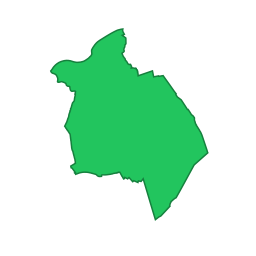 the district of Etten-Leur, Noord-Brabant, Netherlands, rotated 340°
{"feature_id": "6326949B83094148172558", "entity_name": "Etten-Leur", "entity_type": "district", "adm_level": 2, "iso_a3": "NLD", "parent_name": "Netherlands", "parent_adm1": "Noord-Brabant", "projection": "robinson", "projection_center": [4.64, 51.576], "detail": "fine", "context": "isolated", "style": "filled", "palette": "green", "viewbox_px": 256, "rotation_deg": 340, "n_neighbors": 0, "source": "geoboundaries", "source_scale": "gbopen_adm2", "svg_char_len": 5312}
<svg xmlns="http://www.w3.org/2000/svg" viewBox="0 0 256 256"><g transform="rotate(340 128 128)"><path d="M157.0,33.2L156.4,33.1L155.1,32.8L154.0,32.7L152.9,32.6L152.0,32.5L151.0,32.5L150.1,32.6L148.1,32.8L144.6,33.3L139.2,34.3L131.2,36.0L129.8,36.4L128.8,36.7L127.4,37.3L125.4,38.4L122.7,40.3L121.4,41.4L120.6,42.2L120.3,42.7L120.1,43.2L119.5,45.5L119.2,46.3L118.1,47.3L117.5,47.7L116.6,48.0L115.7,48.5L114.5,49.0L113.8,49.2L110.9,49.9L109.7,50.1L108.5,50.1L106.4,49.9L105.8,49.8L104.6,49.5L103.2,49.1L102.3,48.8L101.0,48.1L99.7,47.3L98.1,46.1L96.9,45.2L94.9,44.1L93.4,43.5L91.4,43.0L89.7,42.8L87.9,42.7L85.7,42.8L83.4,43.3L81.4,44.0L79.6,44.9L78.4,45.6L77.0,46.7L75.5,47.7L74.9,48.0L74.9,48.5L75.0,49.3L75.1,49.5L75.2,49.8L75.6,50.4L75.8,50.6L76.6,51.3L77.3,51.8L77.8,52.4L78.4,53.1L78.6,53.7L78.8,54.2L78.9,55.1L79.0,56.9L79.0,57.1L78.8,57.8L78.7,58.3L77.7,60.2L77.6,60.4L77.6,60.6L77.9,61.0L78.5,61.3L79.4,61.5L80.8,61.6L81.3,61.7L81.8,61.9L82.0,62.1L83.5,63.3L84.6,64.5L84.8,64.7L84.8,65.0L84.8,66.3L84.8,66.8L85.0,67.2L85.4,67.8L85.7,68.1L86.2,68.4L87.1,68.8L87.3,69.0L87.4,69.3L87.0,71.3L86.9,72.8L87.0,73.2L87.1,73.5L87.4,73.8L87.7,74.2L87.8,74.3L88.1,74.4L89.9,74.8L90.1,74.8L90.3,75.0L90.7,75.1L91.1,75.5L91.2,75.9L91.0,76.1L90.7,76.5L90.5,76.8L89.8,78.0L90.1,78.1L90.0,78.3L89.8,78.9L88.1,81.5L86.9,83.9L86.8,84.0L86.7,84.1L84.6,85.4L84.4,85.5L82.4,88.2L81.7,89.3L81.5,89.5L80.7,90.2L80.6,90.3L80.5,90.6L80.4,91.1L80.3,91.3L80.0,91.5L79.4,92.0L79.2,92.2L79.2,92.4L79.3,92.5L79.0,92.9L78.6,93.3L78.2,93.8L78.1,94.0L77.7,94.4L77.5,94.7L77.0,95.4L76.8,95.7L76.6,96.2L76.1,97.0L75.8,97.4L75.3,98.0L74.7,98.6L72.7,101.2L69.1,104.7L69.2,105.0L69.5,106.0L69.5,106.3L69.5,106.5L70.0,108.1L70.0,108.6L70.1,108.8L70.3,109.1L70.3,109.3L70.3,109.7L70.6,110.1L70.7,110.3L70.7,110.7L70.7,111.1L70.8,111.3L71.0,111.9L71.0,112.3L71.1,112.8L71.3,113.4L71.4,113.9L71.4,114.1L71.4,114.4L71.3,114.8L71.2,115.2L71.1,115.8L70.8,116.8L70.7,117.7L70.4,118.4L70.4,119.0L70.1,119.9L70.0,120.6L69.8,121.5L69.7,121.9L69.3,123.4L68.6,126.3L68.6,126.6L68.4,126.9L68.2,128.2L68.1,128.5L68.1,129.9L68.0,130.2L68.2,130.7L68.2,131.5L68.1,131.9L67.8,134.4L67.7,135.9L67.4,138.6L67.4,139.4L67.3,140.0L67.1,140.4L67.0,141.5L66.8,142.1L66.4,142.8L66.5,143.1L65.9,143.3L61.2,144.2L61.0,145.6L61.0,146.0L61.3,146.1L61.7,146.6L63.3,151.9L62.5,152.0L62.9,152.7L63.0,153.6L63.7,153.5L63.8,153.6L65.7,153.6L67.2,153.6L68.6,153.8L69.8,154.0L70.7,154.2L72.3,154.7L74.0,155.4L75.4,156.1L77.5,157.4L81.7,160.4L82.2,160.9L82.4,161.2L82.9,162.4L83.1,162.6L83.4,163.0L83.7,163.3L84.2,163.6L84.6,163.8L85.1,164.0L86.6,164.4L87.1,163.3L87.4,163.2L87.7,163.2L90.1,164.1L91.8,164.6L93.6,165.0L95.4,165.4L98.0,165.8L98.3,165.7L99.1,165.8L99.4,165.8L100.0,166.0L101.5,166.2L103.3,166.3L103.1,166.5L105.1,166.5L105.1,166.3L105.9,171.5L106.0,171.6L106.4,174.0L106.5,174.4L107.4,174.3L108.0,173.3L108.3,173.5L110.3,175.7L111.9,174.8L112.0,174.8L113.8,179.4L114.0,179.9L114.1,180.1L115.4,179.5L118.7,182.6L119.1,181.9L119.4,181.6L119.7,181.3L122.0,182.7L122.8,182.2L123.4,181.9L124.9,180.9L123.2,209.3L122.4,223.5L126.1,222.3L126.3,222.2L128.8,221.9L129.2,221.7L138.8,216.8L140.0,216.2L140.3,216.0L140.7,215.8L140.6,215.5L140.9,214.7L141.8,213.5L142.0,213.2L142.4,212.9L142.7,212.7L142.9,212.4L143.0,212.3L143.1,212.0L143.6,211.8L144.3,211.5L145.1,211.3L145.6,210.9L146.1,210.8L147.5,210.3L148.3,210.1L149.1,210.0L149.3,210.0L150.0,209.4L149.9,209.5L157.3,203.1L177.4,185.4L177.5,185.4L177.8,185.2L194.3,178.7L194.2,178.7L194.5,178.6L194.5,176.8L194.6,176.2L195.0,161.4L195.0,160.8L195.0,159.5L195.0,159.3L194.8,156.7L194.4,155.0L194.4,154.6L194.3,154.1L193.5,150.3L193.4,150.1L193.1,148.9L193.3,148.7L193.2,148.5L193.0,147.3L193.0,146.9L192.9,146.2L193.1,145.7L193.1,143.5L193.2,143.0L193.8,141.5L193.9,141.0L193.2,138.7L193.0,138.3L192.7,137.9L192.4,137.6L192.2,137.3L191.7,134.7L191.5,133.9L191.0,131.8L190.8,131.4L190.8,131.2L190.7,131.2L190.3,131.1L190.2,131.0L190.0,130.0L188.2,122.2L187.8,120.5L187.6,119.7L185.9,117.1L185.0,115.8L184.6,114.0L184.4,112.7L184.5,112.4L184.9,112.3L184.0,109.4L181.9,101.6L179.9,94.5L178.9,90.8L178.0,90.7L177.9,90.6L174.8,90.1L174.4,89.9L174.5,89.5L169.6,88.7L170.5,82.7L155.4,82.4L156.0,80.3L156.0,79.7L155.9,79.4L156.1,79.2L156.1,78.9L156.3,78.8L156.2,78.4L156.4,78.2L156.5,77.8L156.3,77.5L156.3,77.2L156.4,76.9L156.5,76.6L156.0,75.9L155.8,75.4L156.0,75.2L156.1,74.9L156.0,74.7L155.7,74.4L155.1,74.2L154.6,74.2L154.1,73.8L153.7,73.5L153.1,73.3L152.6,72.9L151.5,72.8L151.6,72.6L151.8,72.4L152.2,72.0L152.2,71.8L152.3,71.6L152.4,71.1L152.1,69.9L152.2,69.5L152.2,69.3L152.2,69.2L151.9,68.9L151.6,68.8L151.1,68.9L150.9,68.8L150.5,68.5L150.0,67.8L149.9,67.6L149.5,65.0L149.4,64.7L148.7,63.5L148.7,63.4L148.9,62.7L148.9,62.3L148.9,62.1L148.8,61.4L148.4,60.6L148.3,59.9L148.0,58.8L148.0,58.2L148.0,57.8L147.9,57.0L147.9,55.7L148.1,55.6L149.2,55.3L149.9,55.1L150.1,55.0L150.6,54.6L150.8,54.3L150.8,54.1L150.8,53.9L150.8,53.6L150.8,52.9L151.3,52.3L151.5,51.9L151.6,51.6L152.3,51.1L152.7,50.7L153.1,49.8L153.8,48.7L154.4,48.5L154.5,48.4L154.8,48.1L155.0,47.8L155.6,46.0L156.6,43.2L156.6,42.9L156.7,42.7L156.6,42.4L156.1,41.8L155.9,41.3L155.7,41.1L155.4,40.7L154.3,38.9L155.5,38.9L156.2,38.8L156.2,38.7L156.6,38.7L156.2,36.0L156.2,35.5L156.2,35.3L156.3,34.6L157.0,33.2Z" fill="#22c55e" stroke="#15803d" stroke-width="1.5"/></g></svg>